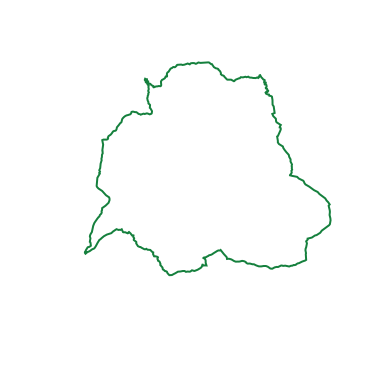 Naruja, Vrancea, Romania (Mercator projection), rotated 236°
{"feature_id": "2599482B65121117862407", "entity_name": "Naruja", "entity_type": "district", "adm_level": 2, "iso_a3": "ROU", "parent_name": "Romania", "parent_adm1": "Vrancea", "projection": "mercator", "projection_center": [26.773, 45.824], "detail": "fine", "context": "isolated", "style": "outline", "palette": "green", "viewbox_px": 384, "rotation_deg": 236, "n_neighbors": 0, "source": "geoboundaries", "source_scale": "gbopen_adm2", "svg_char_len": 6080}
<svg xmlns="http://www.w3.org/2000/svg" viewBox="0 0 384 384"><g transform="rotate(236 192 192)"><path d="M251.6,313.9L251.0,313.6L250.3,312.2L249.6,311.6L249.5,310.6L250.5,310.2L250.8,308.6L252.2,306.6L253.7,305.1L254.4,304.1L255.1,303.5L256.1,303.2L256.7,301.4L257.7,300.7L258.5,298.4L259.9,296.6L259.6,295.2L260.0,294.4L260.7,291.0L260.6,290.1L260.3,289.2L260.4,288.7L263.3,287.2L265.3,284.2L265.8,283.9L269.5,283.3L270.1,283.4L271.1,283.0L272.0,282.2L273.5,281.8L274.3,282.4L275.4,282.7L276.6,282.8L278.7,282.3L279.2,282.5L279.9,282.2L281.3,280.9L283.3,280.0L286.9,280.0L287.3,279.4L289.9,278.5L290.4,277.9L294.3,271.2L295.8,269.7L295.9,268.0L296.1,266.9L297.6,265.9L298.5,264.7L299.1,263.6L299.4,262.7L299.1,261.5L300.9,260.3L301.8,256.9L302.6,255.2L303.7,254.3L305.6,251.0L305.6,250.3L305.2,249.5L305.0,247.8L305.2,247.3L305.9,246.7L306.1,246.1L306.0,244.8L306.2,243.8L306.2,243.1L304.8,239.8L304.8,238.6L304.4,237.7L303.7,237.0L302.7,236.6L301.8,235.9L301.8,235.5L302.5,234.8L301.5,233.1L301.5,231.3L301.7,229.9L301.2,228.5L300.9,228.0L297.9,226.3L297.4,225.7L297.3,225.1L298.5,223.6L298.8,222.6L299.6,221.3L300.1,219.0L300.3,218.7L300.9,218.7L301.4,219.2L303.1,218.2L305.0,217.9L305.6,217.2L307.2,216.7L308.2,217.5L308.5,217.3L308.5,216.4L308.9,216.1L309.3,216.3L309.7,217.2L310.7,217.7L311.3,216.9L312.1,216.5L311.7,215.9L311.2,215.5L310.0,215.6L308.9,215.1L307.4,215.6L305.8,215.3L304.4,215.6L303.5,214.6L301.5,213.7L300.3,212.2L298.7,211.9L298.1,210.8L297.1,210.2L296.6,209.2L295.4,208.2L294.9,207.4L292.6,206.4L291.1,206.2L289.7,205.4L288.0,205.9L287.5,205.8L285.4,204.1L284.6,204.3L281.6,204.1L281.0,203.8L279.7,202.5L279.6,202.1L280.0,200.4L281.9,199.1L282.5,198.4L283.1,196.4L283.9,195.8L284.2,195.1L284.8,192.7L285.4,192.5L286.7,191.3L288.2,191.0L289.4,190.4L290.2,189.3L291.7,188.0L292.2,186.7L291.3,185.5L290.9,184.4L291.6,181.9L292.1,180.6L292.3,179.2L292.2,177.5L291.8,175.7L291.4,174.8L289.4,172.6L289.2,171.7L289.2,170.9L288.5,169.0L287.6,165.9L286.2,164.5L285.6,163.4L285.7,162.5L286.2,161.6L286.3,160.3L285.4,158.1L285.0,156.6L285.0,154.1L284.2,152.7L283.6,152.6L282.9,151.6L283.2,150.5L285.0,147.8L285.2,146.6L280.9,144.8L276.6,140.9L275.9,140.8L275.6,140.4L274.1,139.7L273.1,138.1L271.4,136.9L270.1,135.4L268.9,134.9L266.6,132.1L263.1,129.2L261.9,127.3L260.3,127.1L259.8,125.8L259.6,125.7L259.2,126.0L258.8,125.9L256.7,121.5L250.3,116.3L249.0,116.1L247.2,116.4L243.1,118.1L237.4,118.9L233.9,120.3L232.4,119.8L231.3,119.0L229.7,116.8L229.0,112.7L228.9,108.5L227.3,107.3L226.7,106.3L225.5,105.7L224.8,104.7L224.4,102.7L223.5,101.5L223.4,100.3L222.8,98.5L221.1,94.1L220.7,93.4L219.2,91.2L214.8,86.6L213.7,84.2L213.0,83.2L212.3,82.5L210.4,81.9L207.8,79.4L207.1,79.6L206.3,79.3L204.0,78.1L203.9,76.4L204.5,74.6L203.0,71.3L202.4,70.7L202.2,69.8L201.5,69.2L200.4,69.2L200.5,70.7L200.9,71.5L200.5,72.3L200.2,74.1L200.3,77.4L200.0,78.5L199.9,79.3L200.1,80.1L200.8,81.8L202.8,85.6L204.1,88.5L204.0,89.5L204.3,91.2L204.6,94.3L204.3,97.7L203.0,102.1L203.4,104.5L203.4,108.6L201.6,109.9L201.2,110.8L200.5,111.6L200.4,112.9L197.3,112.4L196.8,112.8L196.0,114.1L193.7,115.6L193.6,116.0L194.1,116.9L194.1,117.4L192.0,117.9L189.5,118.0L189.1,118.9L188.7,119.2L187.7,118.2L186.0,118.2L185.5,117.4L184.7,116.9L181.9,117.9L181.4,117.7L180.6,117.0L177.3,116.9L175.8,117.8L175.1,118.6L174.2,118.9L171.2,120.5L170.6,121.3L170.4,122.4L169.1,122.8L167.3,125.0L164.2,125.6L163.8,126.0L163.6,126.1L162.3,125.0L159.9,124.6L159.6,124.9L159.1,125.8L157.4,127.2L156.8,127.2L155.9,125.9L154.8,125.8L154.1,125.4L152.8,126.1L152.1,126.1L149.9,125.6L149.3,124.9L145.9,125.3L144.4,124.6L143.9,124.6L143.4,125.0L141.8,125.3L141.4,125.5L141.2,125.9L140.0,126.6L138.4,126.3L135.8,126.7L135.4,127.1L135.0,128.0L134.4,128.9L134.2,131.1L134.0,132.5L133.8,135.8L132.6,137.9L131.6,140.3L130.6,141.7L129.2,142.3L128.5,143.9L127.3,145.4L127.0,146.2L127.1,148.2L125.3,149.7L125.1,150.1L124.4,153.2L124.2,156.8L124.6,158.4L125.9,160.0L125.7,160.3L124.7,160.3L124.5,160.5L124.2,161.3L123.0,162.9L125.6,163.7L127.4,164.9L128.3,165.2L129.2,165.3L130.9,164.6L131.0,165.2L130.1,167.2L130.1,168.3L129.9,169.7L130.0,170.7L129.3,172.7L129.1,174.2L129.2,175.2L129.0,180.2L128.8,181.2L127.8,182.6L127.9,183.3L122.7,183.7L119.5,184.2L118.5,184.3L116.9,183.6L116.2,185.0L115.6,185.7L114.0,187.0L111.2,188.3L109.8,189.3L107.7,192.6L106.9,195.0L105.7,196.3L104.7,197.0L103.4,197.5L102.7,197.4L101.5,198.1L100.3,200.0L98.3,201.7L97.5,202.9L95.2,204.2L93.0,205.8L91.6,207.8L90.5,210.2L89.2,212.0L87.6,213.1L84.9,214.1L84.2,214.7L83.5,215.7L83.3,218.3L82.6,220.2L81.7,221.4L81.2,224.8L80.8,225.4L79.8,226.2L78.8,228.1L75.9,230.9L75.5,232.8L74.8,234.0L74.6,235.5L74.0,236.2L73.6,237.4L73.8,238.2L73.7,239.7L73.2,240.8L72.7,244.5L71.9,247.5L71.9,248.7L76.9,251.6L77.5,252.3L80.1,253.4L81.3,254.3L82.4,255.8L85.2,258.6L87.3,259.1L87.9,261.4L88.7,261.8L87.2,265.9L87.2,269.6L86.6,271.2L86.5,275.5L87.4,278.0L87.8,287.2L88.2,288.3L91.0,291.0L92.8,292.0L96.0,293.2L98.4,295.2L99.9,296.0L104.2,297.6L104.7,299.2L107.5,299.2L109.6,298.8L112.2,298.9L119.1,296.5L121.7,296.2L125.3,294.2L130.9,292.2L134.8,290.3L136.4,290.2L138.3,290.6L139.2,290.5L143.4,288.1L145.8,287.6L149.1,284.3L151.0,282.6L151.4,283.0L151.6,284.1L152.3,285.5L154.0,286.3L154.5,287.5L155.7,287.9L157.0,288.9L157.8,289.1L158.9,290.3L162.1,290.7L164.0,292.0L166.6,292.2L168.8,293.0L172.1,292.5L174.9,292.3L177.3,292.3L178.9,292.8L183.2,290.9L185.1,290.9L186.4,291.8L190.4,293.6L190.4,294.6L193.6,299.7L194.6,300.9L195.9,301.3L196.5,300.8L197.2,301.5L197.9,303.1L202.5,301.1L203.7,301.3L205.9,302.5L209.4,301.8L211.8,302.2L211.3,304.7L217.3,307.6L219.3,307.6L223.3,310.2L226.4,311.6L227.6,311.0L228.6,309.9L229.7,310.3L230.7,309.2L232.1,308.4L233.3,308.6L233.5,309.7L233.2,310.1L232.8,310.1L232.7,310.5L233.2,311.7L233.4,311.8L234.2,311.3L235.0,311.8L235.7,311.9L236.6,311.2L237.2,311.5L237.6,312.7L237.9,313.0L239.1,313.5L240.0,313.4L240.3,312.6L240.7,312.6L240.9,313.9L241.3,314.3L241.7,314.3L242.1,313.5L242.5,313.1L243.2,313.6L244.0,314.8L244.3,314.8L245.5,314.0L247.1,313.9L248.1,313.6L251.6,313.9Z" fill="none" stroke="#15803d" stroke-width="2"/></g></svg>